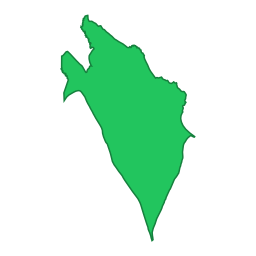 Pakkading, Bolikhamxai, Laos
{"feature_id": "54806243B78730192124512", "entity_name": "Pakkading", "entity_type": "district", "adm_level": 2, "iso_a3": "LAO", "parent_name": "Laos", "parent_adm1": "Bolikhamxai", "projection": "equal_earth", "projection_center": [104.112, 18.224], "detail": "fine", "context": "isolated", "style": "filled", "palette": "green", "viewbox_px": 256, "rotation_deg": 0, "n_neighbors": 0, "source": "geoboundaries", "source_scale": "gbopen_adm2", "svg_char_len": 5358}
<svg xmlns="http://www.w3.org/2000/svg" viewBox="0 0 256 256"><path d="M61.7,56.1L61.6,67.4L62.0,68.1L61.7,68.5L61.3,68.6L61.4,68.8L61.3,69.1L61.6,69.2L61.6,69.4L61.9,69.6L61.9,69.8L61.8,70.0L62.7,70.6L62.8,70.9L62.5,71.1L62.8,71.3L62.8,71.6L62.8,71.8L62.5,72.0L62.7,72.4L63.2,72.5L63.5,73.0L64.0,73.1L64.4,73.8L64.5,73.8L64.6,73.5L65.0,73.5L64.7,74.0L65.0,74.1L65.1,73.6L65.5,73.9L65.8,73.9L65.9,74.4L65.6,74.8L65.5,75.4L65.8,75.4L65.8,75.8L66.6,75.8L66.7,76.1L66.9,76.1L66.8,76.4L67.1,76.5L67.1,76.8L67.2,77.1L67.3,77.2L67.2,77.4L67.2,77.6L67.3,77.8L67.2,78.2L67.3,78.4L67.7,78.7L67.8,78.6L67.7,78.4L67.8,78.5L68.0,79.2L68.3,80.0L63.9,92.9L64.2,100.7L66.6,97.1L68.2,95.6L69.2,94.8L73.5,92.3L75.7,91.2L77.3,90.8L78.3,90.6L79.2,90.7L80.1,90.9L80.8,91.4L81.7,92.4L84.9,96.9L86.7,101.3L87.8,103.5L89.6,106.6L90.5,108.5L92.4,111.8L93.4,113.9L94.5,115.8L95.8,118.2L100.4,125.7L101.6,128.0L102.4,130.4L102.6,133.3L103.5,136.6L105.2,140.9L106.0,142.5L107.0,143.6L107.3,144.0L110.2,152.6L110.7,154.4L112.4,161.4L114.2,164.9L116.0,167.3L118.8,171.4L122.1,175.6L123.3,177.9L125.0,180.6L132.7,191.7L137.9,198.6L139.8,202.2L140.7,204.4L143.7,214.3L146.9,224.3L147.9,227.0L148.3,229.4L148.9,230.9L149.7,232.7L150.8,236.0L151.1,237.6L152.0,240.6L152.9,239.9L153.0,239.7L153.0,239.1L152.7,238.0L152.8,237.7L152.6,236.8L152.6,236.4L152.5,236.1L152.4,235.1L152.2,233.0L152.2,232.3L153.1,228.7L153.6,227.3L155.1,223.7L156.7,218.7L161.0,210.1L161.7,208.5L162.5,206.0L164.2,202.5L164.5,201.1L165.0,200.0L165.7,199.1L166.1,197.4L169.7,189.5L170.2,189.1L174.2,179.7L174.7,178.8L176.3,176.8L177.8,174.5L178.0,173.9L178.5,173.5L179.1,171.4L179.9,167.5L180.5,166.2L181.0,163.8L181.6,162.3L182.0,160.1L182.7,158.3L182.8,157.6L182.8,156.4L182.5,152.0L183.3,145.7L183.6,144.6L184.0,143.4L184.7,142.4L185.2,141.8L186.5,139.5L187.3,138.5L188.2,137.5L189.6,136.4L190.5,135.7L191.6,135.3L191.8,135.4L191.8,136.0L192.0,136.2L192.3,136.4L193.3,136.7L194.0,137.1L194.3,137.1L194.6,136.8L194.7,136.6L189.7,132.9L185.7,129.2L183.0,125.6L181.5,122.3L181.0,120.3L180.7,118.4L181.0,115.6L181.7,114.0L181.8,113.5L182.8,112.0L182.8,111.8L182.4,111.2L182.4,110.8L183.2,108.3L183.2,107.7L182.8,107.2L182.8,106.8L182.7,106.3L182.7,105.9L183.3,105.4L183.7,105.4L184.4,105.1L184.6,104.8L184.7,104.2L185.1,103.8L185.0,103.2L185.1,102.9L185.5,102.9L185.9,102.5L185.9,102.3L185.4,101.8L184.8,100.8L184.9,99.9L185.5,99.0L185.6,98.5L185.7,97.0L186.1,95.4L186.1,94.8L186.0,94.4L184.5,92.1L184.1,91.7L183.5,91.5L182.5,91.6L181.3,91.3L179.7,89.4L178.9,88.7L178.1,88.2L177.4,87.3L177.2,86.7L177.0,85.7L176.6,84.7L176.7,83.3L176.3,82.8L175.5,83.1L175.1,83.1L174.8,82.9L174.5,82.6L174.0,82.1L173.6,81.9L173.1,82.5L171.5,83.4L171.0,83.4L169.4,83.0L168.6,82.1L168.1,81.1L167.5,80.5L167.3,80.4L166.7,80.6L165.7,80.5L165.1,79.9L163.7,79.5L162.2,78.5L162.2,78.0L161.5,77.1L160.2,77.5L159.7,77.6L159.0,77.9L158.3,78.0L157.3,77.6L156.6,77.6L155.5,78.1L150.7,71.5L149.2,68.9L147.6,65.0L146.0,61.9L145.1,59.9L144.6,59.1L144.5,58.3L144.0,57.0L144.2,56.3L144.1,55.9L144.3,55.7L144.1,55.2L143.9,55.0L143.5,54.2L143.0,53.8L143.0,53.3L142.9,53.2L142.6,53.0L142.4,53.0L142.2,53.0L141.6,52.6L141.3,52.1L141.2,51.7L141.2,51.3L141.0,51.0L141.0,50.1L140.9,50.0L140.7,50.0L140.0,49.7L139.8,49.1L139.5,48.4L139.4,48.3L139.0,48.1L138.6,48.3L137.7,47.4L137.5,47.6L137.2,47.5L136.9,47.7L136.6,47.0L136.6,46.6L136.2,46.4L136.2,46.7L135.7,46.3L135.7,46.0L135.4,45.7L134.4,45.5L134.1,45.2L133.9,45.2L133.3,45.5L133.5,45.9L133.3,46.0L132.6,45.5L132.4,45.5L132.2,45.8L131.8,45.8L131.4,47.0L131.1,47.4L130.7,47.1L130.3,46.9L130.1,47.3L129.8,47.1L129.8,47.3L128.5,47.6L127.6,47.5L127.1,47.3L126.1,46.4L123.0,44.0L118.8,41.7L116.4,40.1L114.5,39.0L112.0,36.4L110.0,34.8L108.6,33.5L106.4,31.9L104.5,29.8L104.0,29.5L103.1,29.3L101.7,27.4L101.1,26.2L100.7,25.8L99.8,25.9L98.4,26.3L97.1,25.1L96.7,24.5L95.6,23.4L94.4,22.9L92.2,21.5L91.8,21.3L90.7,21.3L89.6,21.4L89.2,21.2L88.8,20.7L88.3,19.6L88.0,18.6L87.8,15.4L87.2,15.4L86.8,15.8L86.1,15.8L85.2,16.1L85.0,16.7L84.5,17.2L84.5,17.7L84.4,18.2L84.2,18.4L83.8,18.3L83.6,18.4L83.7,18.7L83.3,18.9L83.3,19.5L83.7,20.2L83.5,20.4L83.0,20.3L82.9,20.7L83.1,22.1L82.9,22.8L82.8,23.1L82.7,23.3L82.6,23.2L82.5,23.6L82.7,24.0L82.9,24.6L82.5,24.7L82.4,24.8L82.6,25.3L82.7,25.5L82.6,26.1L82.2,26.2L81.8,26.5L81.5,26.6L81.1,26.4L81.1,26.9L80.8,27.3L80.9,27.5L81.2,27.6L81.8,28.0L81.6,28.6L81.7,29.0L82.2,29.5L82.5,29.5L82.9,30.5L83.3,31.2L84.2,31.3L84.0,31.8L84.6,32.0L84.8,32.3L84.8,33.2L85.2,33.2L85.3,33.0L85.4,34.2L85.5,34.8L85.4,35.2L85.7,35.2L85.7,35.7L85.8,35.8L86.5,35.8L86.5,36.4L86.0,36.7L86.0,37.0L86.3,37.1L86.5,36.8L86.9,37.0L87.8,38.0L88.3,38.9L88.8,39.1L88.8,39.5L88.4,39.9L88.4,40.0L88.6,40.4L88.6,40.9L89.0,41.6L89.1,42.4L89.8,42.7L90.6,42.8L90.8,43.5L90.6,43.9L90.1,43.8L89.8,43.9L89.8,44.2L90.1,44.5L90.2,45.6L90.2,46.2L90.0,46.7L90.1,47.5L90.2,47.8L90.6,48.3L91.2,48.0L91.3,47.8L91.3,47.4L91.5,47.2L91.8,47.2L92.1,47.4L92.7,47.6L93.0,47.4L93.4,47.6L94.0,48.6L93.9,49.1L92.8,50.0L92.3,50.6L91.6,51.8L89.7,54.8L89.2,55.8L89.1,57.0L89.1,58.9L89.8,62.2L90.9,64.9L90.9,65.4L91.4,65.9L90.6,65.9L89.9,66.2L89.5,66.8L89.4,67.3L89.4,67.6L88.8,68.4L87.8,69.3L87.2,70.4L86.9,71.9L86.3,72.4L85.9,72.4L85.1,71.3L82.5,66.7L81.8,65.7L79.6,64.0L78.5,62.8L76.4,60.7L70.5,54.3L67.6,51.5L66.6,51.7L66.0,52.0L65.3,52.8L64.7,53.6L63.2,55.3L62.4,55.9L61.7,56.1Z" fill="#22c55e" stroke="#15803d" stroke-width="1.5"/></svg>